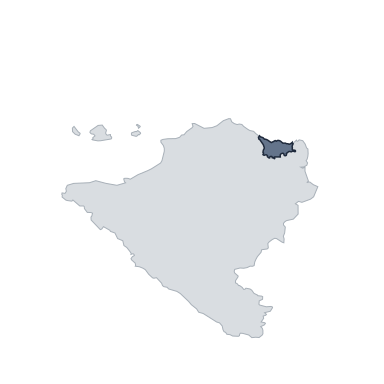 Málaga on a map of Spain (Albers equal-area conic projection), rotated 212°
{"feature_id": "ESP-5834", "entity_name": "Málaga", "entity_type": "Autonomous Community", "adm_level": 1, "iso_a3": "ESP", "parent_name": "Spain", "parent_adm1": "", "projection": "albers", "projection_center": [-4.853, 36.787], "detail": "fine", "context": "in_parent", "style": "filled", "palette": "slate", "viewbox_px": 384, "rotation_deg": 212, "n_neighbors": 0, "source": "natural_earth", "source_scale": "10m", "svg_char_len": 5188}
<svg xmlns="http://www.w3.org/2000/svg" viewBox="0 0 384 384"><g transform="rotate(212 192 192)"><path d="M200.8,99.0L200.9,99.9L202.5,101.6L207.2,102.4L208.4,103.1L208.3,105.5L207.2,107.6L208.2,108.4L209.4,108.4L210.7,106.7L211.0,107.7L213.2,108.7L217.9,110.4L221.3,110.5L224.9,114.0L230.4,113.1L235.6,116.4L240.3,115.4L241.4,116.0L248.7,115.7L248.9,112.8L249.8,111.5L262.7,114.8L264.4,117.2L264.2,118.4L265.1,121.3L266.7,121.1L270.0,119.2L274.4,120.9L275.7,122.6L276.6,122.7L279.8,120.7L288.8,122.1L289.0,120.7L289.6,120.3L293.2,118.7L294.7,118.3L299.5,118.9L300.2,120.5L301.2,121.0L301.7,122.4L299.0,123.5L298.9,126.0L300.8,128.0L301.3,131.6L296.9,136.6L283.8,145.6L279.6,150.6L269.6,153.7L259.2,157.9L253.2,164.6L254.8,165.0L256.9,167.0L256.3,168.0L253.6,169.6L251.1,170.2L246.9,178.2L240.9,186.6L238.6,190.3L234.0,199.9L234.1,202.7L237.1,211.9L238.6,214.3L240.8,216.2L244.8,217.8L245.8,219.4L244.5,221.2L240.8,224.3L234.2,228.6L231.5,231.8L231.0,234.8L229.1,236.3L228.5,240.5L226.0,246.5L225.9,248.1L228.1,250.1L226.1,251.5L215.5,252.4L209.1,257.3L206.0,261.4L203.2,269.1L199.7,273.7L198.1,274.5L195.6,272.6L192.5,272.4L189.5,273.1L187.9,274.7L185.5,275.7L183.0,275.0L177.8,274.7L175.5,274.8L171.9,276.1L168.7,275.3L163.5,274.9L152.1,276.0L150.6,276.5L145.6,281.6L140.0,281.7L135.0,283.8L131.6,288.7L130.9,291.4L130.0,290.8L129.2,291.0L128.8,293.0L125.3,294.2L121.4,292.6L118.2,290.1L116.5,289.9L113.8,286.0L112.6,283.5L111.8,280.9L111.8,279.0L109.4,277.9L108.8,275.5L110.6,272.4L113.0,270.7L110.8,270.8L109.2,272.8L107.2,269.5L99.1,263.0L99.6,260.8L98.1,262.5L97.2,262.9L93.0,262.5L88.1,263.2L86.3,252.4L87.7,248.7L93.3,241.5L96.7,240.5L98.1,236.8L95.0,236.9L90.3,229.5L91.7,222.7L96.7,217.8L97.6,215.7L97.8,213.9L96.9,212.5L94.3,211.7L91.7,206.3L91.1,202.9L89.0,201.0L87.2,197.6L88.9,197.2L95.7,197.3L97.4,196.5L98.7,194.3L100.1,190.7L100.4,188.5L97.8,185.2L97.7,184.6L98.1,183.5L102.3,180.0L101.5,177.4L102.3,171.8L102.1,168.6L101.7,165.9L100.3,162.5L101.3,161.1L103.4,159.9L105.2,157.1L107.7,154.8L111.0,153.0L114.8,149.0L114.2,147.1L113.0,146.0L108.3,145.2L108.0,144.3L108.1,139.9L107.0,138.0L105.3,138.2L102.8,137.4L102.1,137.9L98.9,137.7L96.6,136.8L95.6,137.5L95.3,139.0L91.4,140.5L89.3,140.4L85.7,138.9L81.7,139.3L81.3,138.9L77.8,140.6L76.6,140.7L75.3,138.4L77.3,135.3L75.7,132.2L74.7,132.0L68.2,134.0L64.4,136.8L62.9,137.1L62.4,136.6L62.4,132.4L66.5,128.1L64.0,127.7L64.2,126.5L65.9,124.5L64.3,122.9L64.5,118.4L61.0,119.7L60.1,119.5L60.2,117.7L62.4,114.2L60.2,113.7L58.6,112.3L56.7,109.3L56.7,107.7L58.0,104.1L61.0,102.6L64.1,100.2L68.1,100.8L74.1,99.0L76.2,97.9L76.2,96.4L75.6,95.3L76.2,94.2L81.2,91.4L84.1,91.2L87.1,89.8L89.1,90.8L90.8,90.5L92.8,91.7L95.4,94.4L99.2,95.6L102.3,94.8L118.1,94.9L122.6,93.6L126.1,95.3L132.9,96.1L136.9,97.4L148.1,99.7L152.2,99.7L160.4,97.4L162.6,98.0L165.8,96.8L167.4,97.0L169.5,98.6L176.7,100.5L178.6,98.7L179.9,98.3L185.1,99.3L190.4,101.4L193.1,101.4L197.1,100.7L200.8,99.0ZM304.0,188.2L306.0,188.9L308.0,188.0L309.1,188.1L310.2,188.5L310.6,190.1L306.9,198.7L303.6,201.2L299.9,199.7L297.9,199.4L297.2,198.8L296.5,196.2L295.5,195.5L294.1,195.2L291.6,197.5L290.6,196.2L289.3,196.0L288.7,195.2L288.7,194.1L296.6,187.1L298.9,185.5L303.9,183.5L304.7,183.6L304.1,184.7L304.9,185.5L304.0,188.2ZM327.3,182.8L326.8,185.1L320.3,182.7L318.2,182.5L317.7,182.1L317.7,179.8L321.8,179.1L325.3,179.9L327.3,182.8ZM271.1,213.7L270.5,215.4L267.3,215.0L266.6,214.4L267.1,212.5L268.0,212.3L268.0,211.0L268.8,209.6L273.2,208.2L274.2,209.1L274.5,210.3L272.1,213.3L271.1,213.7ZM274.6,220.0L274.1,220.4L270.7,220.3L270.6,219.2L271.2,217.7L272.5,219.1L274.5,219.2L274.6,220.0Z" fill="#d9dde1" stroke="#a8b0b8" stroke-width="1"/><path d="M164.5,275.4L164.0,275.3L163.2,275.0L162.2,275.3L160.6,275.7L158.6,275.2L158.1,275.3L157.5,275.8L155.7,276.1L155.1,276.1L151.3,275.9L150.9,276.0L150.7,276.2L150.1,277.3L149.9,277.5L149.7,277.8L149.4,278.2L149.4,278.6L148.7,279.7L147.4,279.8L146.8,281.0L146.1,281.5L145.9,281.6L145.4,281.8L144.5,282.0L143.7,282.0L141.2,281.6L140.7,281.6L140.3,281.9L138.8,282.9L137.3,283.1L136.3,283.7L136.1,283.8L135.3,283.8L135.0,284.0L134.7,284.1L134.4,284.5L133.8,285.5L133.8,285.8L133.4,286.7L133.3,287.1L132.7,286.1L131.8,286.4L131.5,284.5L131.1,283.5L130.3,282.7L129.8,281.6L129.6,281.3L129.3,281.1L128.5,281.2L127.8,281.4L127.0,281.9L126.5,281.9L126.2,281.8L125.9,281.5L125.8,281.2L125.9,280.9L126.1,280.7L127.9,280.2L128.4,279.8L128.6,279.6L129.0,278.8L129.2,278.6L130.5,278.2L131.1,277.8L131.5,277.4L131.9,275.7L132.3,275.2L132.4,274.6L131.6,273.7L131.5,273.2L131.6,272.8L132.2,272.1L132.5,272.0L133.1,271.9L134.6,273.1L135.3,273.1L135.9,272.7L136.4,272.1L136.8,271.4L136.9,270.6L136.6,269.8L135.7,268.5L140.4,265.6L140.7,265.1L139.8,264.5L139.6,264.2L139.8,263.9L140.1,263.9L140.3,263.9L141.2,264.2L141.4,264.2L141.6,264.0L141.8,263.6L142.1,263.5L143.0,264.4L143.4,264.3L144.2,263.8L144.5,263.4L144.6,262.9L144.2,262.1L144.6,261.7L146.0,261.8L146.8,261.9L147.2,262.7L148.4,263.0L149.6,262.3L150.3,261.3L151.6,261.3L151.9,262.9L152.8,263.2L153.0,263.6L153.7,265.4L153.8,267.1L154.0,267.6L154.2,267.9L156.6,269.9L162.4,272.4L163.4,272.3L164.7,273.7L164.4,274.7L164.5,275.4Z" fill="#64748b" stroke="#1e293b" stroke-width="1.5"/></g></svg>